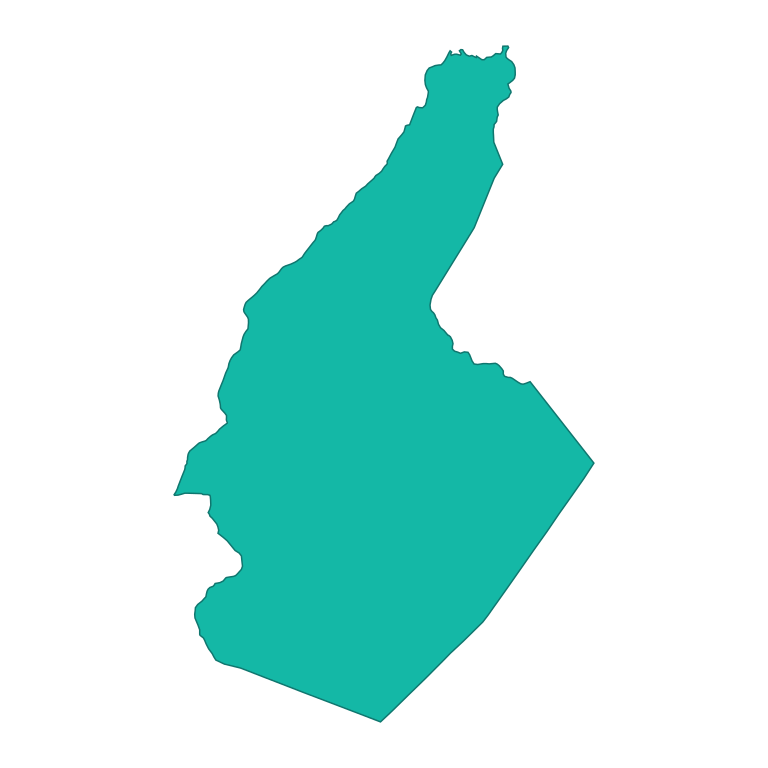 Lafey, North-Eastern, Kenya (Mercator projection)
{"feature_id": "3690345B88001194641971", "entity_name": "Lafey", "entity_type": "district", "adm_level": 2, "iso_a3": "KEN", "parent_name": "Kenya", "parent_adm1": "North-Eastern", "projection": "mercator", "projection_center": [41.132, 3.486], "detail": "fine", "context": "isolated", "style": "filled", "palette": "teal", "viewbox_px": 768, "rotation_deg": 0, "n_neighbors": 0, "source": "geoboundaries", "source_scale": "gbopen_adm2", "svg_char_len": 5515}
<svg xmlns="http://www.w3.org/2000/svg" viewBox="0 0 768 768"><path d="M593.9,463.1L530.1,381.7L526.0,383.3L523.1,384.2L520.8,383.8L518.0,382.2L514.5,379.8L512.3,378.3L510.3,377.4L508.2,377.4L504.5,376.3L503.3,374.1L503.3,371.0L501.8,368.7L499.1,365.6L497.2,364.1L495.3,363.3L492.1,363.6L489.2,363.9L486.2,363.6L483.2,363.6L480.9,364.0L477.7,364.5L474.1,364.0L472.1,361.0L469.6,354.7L468.0,352.3L464.3,351.9L460.5,353.3L457.7,352.1L454.6,351.2L452.4,349.1L452.4,346.3L453.0,343.7L452.2,340.3L450.4,336.8L448.6,335.3L448.0,335.3L443.9,330.4L440.5,327.7L438.5,324.3L437.4,320.1L435.9,317.8L434.8,314.7L433.5,312.8L431.9,311.4L430.5,309.4L430.0,305.1L431.0,299.4L432.4,295.3L435.1,291.1L456.1,257.1L468.7,236.7L469.2,235.8L469.7,235.1L474.2,227.7L494.2,178.2L502.7,164.3L493.8,142.2L493.5,135.5L493.3,132.5L493.3,129.1L494.0,126.9L494.1,124.5L495.4,123.0L496.6,121.4L497.2,117.1L498.2,115.0L497.6,112.0L497.2,109.2L497.3,107.1L499.6,103.7L503.4,100.4L506.3,98.9L508.8,97.0L509.7,94.5L511.0,92.6L510.9,91.2L510.6,90.6L509.1,88.3L507.9,84.0L510.0,82.5L512.7,80.4L514.5,78.2L515.2,74.9L515.2,72.2L515.0,67.9L513.8,64.6L511.7,61.6L509.1,59.9L507.1,58.4L506.0,57.0L505.7,53.3L506.6,50.6L508.6,47.6L507.9,46.1L502.9,46.2L502.5,48.4L502.8,50.4L501.8,52.5L500.4,54.0L498.2,53.8L495.7,53.6L493.3,55.7L491.3,57.0L488.8,57.2L486.7,57.4L484.2,59.7L481.9,59.7L476.5,56.1L476.2,57.5L474.5,56.8L471.9,55.5L469.3,56.2L466.3,54.9L464.1,52.4L462.6,49.8L460.9,49.6L459.4,50.8L460.4,52.4L461.2,53.8L460.4,55.2L458.2,54.6L456.7,54.2L454.8,54.2L453.1,54.7L451.3,55.4L450.7,53.8L451.6,52.1L450.1,50.8L449.0,52.6L446.8,57.1L444.7,60.8L442.7,63.3L441.0,64.9L438.8,65.0L435.1,65.6L432.3,66.8L429.2,68.0L427.1,70.6L425.3,74.9L424.9,80.4L425.4,84.7L426.5,87.7L427.6,89.8L427.9,90.3L428.3,90.8L428.3,92.7L427.5,97.5L426.7,99.5L426.3,102.2L425.3,105.3L423.3,107.2L422.5,107.8L418.8,107.5L418.4,107.2L417.3,106.9L416.8,107.3L416.3,107.6L413.4,114.9L409.6,124.8L407.0,125.3L406.3,125.6L405.5,126.0L405.1,127.7L404.0,131.8L401.8,134.7L398.1,138.9L396.9,142.0L395.0,147.2L391.3,153.5L388.6,158.6L387.1,161.2L387.3,163.2L387.1,163.9L386.7,164.5L384.8,166.4L383.2,168.6L382.3,170.1L381.9,170.8L381.4,171.4L379.2,173.4L375.9,175.5L374.6,177.2L374.4,177.7L374.0,178.3L371.1,180.9L367.9,183.7L365.6,186.2L361.9,188.6L358.4,191.6L356.3,193.2L355.4,195.9L354.5,199.0L353.5,201.0L351.4,202.5L349.4,203.8L346.4,207.0L344.9,208.9L343.0,210.5L341.5,212.5L339.7,214.8L338.0,218.3L336.7,220.4L335.1,221.3L334.4,221.6L333.7,221.8L332.3,223.4L331.6,224.1L328.2,225.7L326.2,225.7L324.4,226.2L323.1,228.1L321.0,230.2L320.3,230.7L319.5,231.4L318.4,232.1L318.0,232.5L317.7,233.0L317.2,234.1L316.6,236.1L316.4,236.9L316.1,237.7L315.6,239.2L315.3,239.8L314.9,240.5L312.8,242.9L306.0,251.6L305.5,252.3L305.0,252.9L304.0,254.4L303.5,255.2L303.0,256.0L302.1,257.3L301.5,257.8L300.2,258.6L298.5,259.8L296.7,261.2L294.8,262.3L290.9,264.1L286.0,265.8L285.3,266.0L284.7,266.4L283.2,267.1L281.6,268.6L279.9,270.9L279.4,271.6L278.8,272.4L277.6,273.6L276.9,274.1L274.6,275.4L270.9,277.6L270.1,278.1L269.4,278.7L267.1,280.9L263.9,284.4L261.9,286.4L259.7,289.3L256.8,292.9L254.2,295.4L251.6,297.6L250.0,298.9L248.0,300.6L246.1,302.4L245.1,304.4L244.1,307.6L243.6,309.6L243.9,311.5L244.2,312.2L244.7,313.0L247.7,317.3L248.4,319.2L248.5,322.7L248.0,328.7L247.6,329.3L245.8,331.6L244.1,334.3L243.1,336.8L241.3,343.7L240.9,346.3L240.2,349.9L238.0,351.8L233.7,354.9L231.5,357.9L230.1,360.5L228.9,363.7L228.3,367.0L228.0,368.0L227.6,368.9L225.7,373.0L223.0,380.7L221.1,385.3L218.8,391.1L218.3,393.2L218.1,396.0L219.4,400.2L220.2,404.0L220.3,404.9L220.4,405.9L220.5,407.8L220.9,408.6L221.4,409.4L224.8,413.1L225.9,414.6L226.5,415.5L226.5,416.9L226.5,417.7L226.4,419.2L226.4,419.8L226.5,420.4L227.3,422.6L227.2,423.2L223.7,425.7L219.9,428.8L219.4,429.3L218.8,430.0L217.8,431.3L216.3,432.8L215.9,433.2L215.4,433.6L213.6,434.4L212.9,434.7L212.2,435.1L210.4,436.4L208.5,438.1L207.8,438.7L207.2,439.4L206.1,440.5L205.5,440.8L204.8,441.1L201.8,442.0L199.9,442.7L199.2,443.0L198.4,443.6L193.9,447.6L189.9,450.9L188.7,452.9L188.4,453.6L188.1,454.4L187.6,457.2L187.5,459.6L187.3,460.4L187.0,460.9L186.9,461.6L186.9,462.5L187.0,463.3L186.6,464.1L185.2,465.9L185.1,467.2L185.1,467.8L184.7,469.7L181.9,476.6L178.2,486.2L177.7,487.8L177.5,488.5L175.8,492.1L174.1,494.7L174.5,495.3L178.1,495.1L181.5,494.2L184.8,493.2L187.9,493.2L201.5,493.6L203.1,494.5L205.6,494.6L207.7,494.6L209.9,495.3L210.1,495.9L210.3,496.6L210.6,499.8L210.8,505.2L209.8,509.3L208.6,511.8L208.2,512.6L209.3,514.1L210.0,516.2L212.2,518.2L216.8,524.0L217.9,526.8L218.7,530.3L218.0,533.3L222.8,537.0L227.1,540.7L235.1,550.5L239.1,553.0L241.4,555.9L242.0,561.7L242.5,566.2L241.4,569.4L237.1,574.2L235.6,575.6L233.5,576.4L228.9,577.1L226.6,577.5L226.1,577.7L225.6,578.1L223.2,581.0L220.0,582.6L216.9,583.2L216.1,583.3L215.1,583.5L214.2,585.1L213.7,585.7L213.1,586.3L209.9,587.5L208.1,589.2L207.1,591.2L206.4,594.0L205.9,596.8L204.0,598.8L202.0,601.1L197.7,604.5L195.4,607.7L195.2,610.6L194.7,614.3L195.0,618.0L198.0,625.1L199.7,629.8L199.7,632.6L199.7,634.3L199.9,634.8L200.1,635.4L203.0,637.6L203.5,638.1L204.7,640.4L206.1,643.8L206.8,645.2L208.7,648.9L212.2,653.6L214.0,657.1L215.9,660.1L224.4,664.1L240.4,668.0L303.3,692.4L355.0,712.1L380.5,721.9L392.0,711.1L408.5,694.9L425.8,678.1L444.4,659.4L450.5,653.1L463.5,641.0L482.8,622.0L488.1,615.1L494.7,605.7L495.8,604.2L508.4,586.4L521.0,568.4L531.8,552.9L533.9,549.9L547.0,531.5L559.3,513.4L572.2,495.2L583.9,478.5L593.9,463.1Z" fill="#14b8a6" stroke="#0f766e" stroke-width="1.5"/></svg>